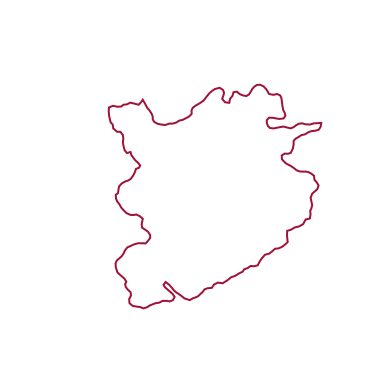 outline of Varginha, Minas Gerais, Brazil, rotated 121°
{"feature_id": "56859067B67059151251397", "entity_name": "Varginha", "entity_type": "district", "adm_level": 2, "iso_a3": "BRA", "parent_name": "Brazil", "parent_adm1": "Minas Gerais", "projection": "natural_earth1", "projection_center": [-45.416, -21.572], "detail": "fine", "context": "isolated", "style": "outline", "palette": "rose", "viewbox_px": 384, "rotation_deg": 121, "n_neighbors": 0, "source": "geoboundaries", "source_scale": "gbopen_adm2", "svg_char_len": 3397}
<svg xmlns="http://www.w3.org/2000/svg" viewBox="0 0 384 384"><g transform="rotate(121 192 192)"><path d="M221.0,97.9L216.7,98.2L213.1,98.0L208.1,97.1L205.0,94.0L201.2,92.6L197.9,91.6L195.6,88.6L192.6,86.6L189.0,85.1L185.6,84.2L183.4,85.9L180.0,88.4L176.2,90.4L173.5,87.8L169.5,85.7L166.4,82.5L162.3,80.2L157.0,80.4L154.0,77.3L150.1,78.9L147.2,81.0L144.7,81.2L141.4,82.2L138.7,84.7L135.8,87.4L131.5,88.1L128.4,87.1L125.0,86.0L121.2,86.9L119.5,90.0L118.5,93.3L115.3,95.7L114.8,99.2L115.0,102.8L116.2,105.5L117.7,107.9L119.0,110.5L119.5,113.6L119.0,116.6L118.8,120.5L119.1,126.4L117.7,131.7L114.5,133.9L111.3,132.3L110.0,129.7L107.7,127.5L102.9,127.9L98.6,129.5L95.9,131.2L93.1,130.7L90.1,129.1L86.9,127.5L84.3,124.8L81.0,123.1L78.4,121.1L76.0,117.9L73.4,115.5L70.0,115.3L66.2,116.8L68.5,120.1L70.5,123.0L73.4,125.6L75.6,129.8L76.5,133.2L78.7,135.8L81.7,137.4L84.1,138.3L86.6,140.2L87.7,143.5L88.7,147.1L91.4,150.4L93.4,152.5L95.5,154.8L97.0,158.2L96.3,160.9L94.4,163.3L91.9,164.9L88.7,164.3L86.9,161.2L85.7,158.0L84.4,154.8L81.8,151.4L78.7,151.2L76.6,153.0L74.8,156.0L71.4,159.0L68.3,161.4L65.4,163.8L63.8,166.1L64.2,169.6L66.8,172.3L68.3,176.4L65.8,180.9L64.6,184.9L65.0,188.8L66.6,191.3L69.5,192.8L72.9,193.4L75.7,193.3L79.1,193.4L81.8,194.9L82.9,197.8L83.5,201.3L82.9,205.2L85.1,207.8L88.8,206.8L92.4,207.4L96.4,206.0L98.1,210.0L96.6,214.1L93.0,214.8L90.4,215.7L88.6,217.9L88.4,221.9L91.9,225.4L95.1,226.9L98.6,228.0L102.8,228.6L107.8,229.2L112.0,231.1L116.1,233.4L119.4,234.7L122.1,234.5L125.3,232.5L129.1,233.5L132.0,235.3L134.9,237.1L137.5,239.8L140.3,241.1L143.1,243.5L145.1,246.7L148.4,249.5L150.0,253.1L151.2,256.4L151.4,260.5L150.0,263.0L147.5,264.6L145.6,267.1L143.9,270.6L142.8,274.0L140.9,277.0L138.3,281.7L141.3,281.9L144.7,282.7L145.9,286.8L147.2,290.9L150.5,293.0L152.5,295.7L155.1,296.6L157.3,299.8L158.8,304.1L162.3,306.7L165.7,305.0L169.1,302.5L172.0,299.8L174.2,297.6L175.0,294.7L178.1,292.2L178.9,287.2L177.3,284.3L178.7,280.7L181.5,278.4L185.1,276.8L187.5,274.7L190.9,271.3L192.1,267.8L189.4,265.3L191.6,263.0L192.8,260.1L194.0,257.1L194.7,253.3L196.0,250.0L198.5,249.9L201.0,251.9L204.5,251.2L207.8,250.9L212.2,251.2L215.0,252.6L217.6,254.8L221.0,256.7L225.0,257.4L228.6,255.9L231.2,254.9L233.7,255.9L236.7,253.8L238.7,251.1L240.0,247.7L241.8,244.7L242.9,241.1L243.8,237.4L243.4,233.2L241.9,230.3L240.0,228.2L239.6,224.3L240.3,220.4L243.3,219.4L245.7,218.5L248.3,216.3L248.4,212.9L248.7,209.3L250.3,205.9L252.8,204.2L256.0,204.5L259.9,205.2L261.8,208.7L263.7,211.8L266.7,214.7L269.9,216.8L272.8,218.9L277.0,219.4L279.7,219.0L283.4,219.2L286.8,220.3L289.6,221.2L292.7,220.7L295.9,218.4L299.4,214.4L300.2,210.0L301.1,205.2L302.7,202.1L305.4,201.9L307.5,199.9L308.7,197.0L309.5,193.1L312.1,191.0L316.2,190.7L319.5,188.3L320.2,184.2L318.7,180.3L317.3,177.2L316.7,173.5L313.6,171.0L310.9,169.7L308.7,168.0L306.0,165.9L303.7,163.1L300.4,161.1L298.4,157.7L297.2,154.7L294.5,152.7L290.9,152.8L289.4,156.0L288.7,159.6L288.1,163.1L287.6,166.1L286.2,168.6L282.8,168.3L283.2,163.9L284.5,159.8L285.6,157.0L286.1,154.2L286.3,150.3L286.6,146.9L287.1,143.7L285.8,138.2L282.7,136.5L280.3,134.5L278.0,133.0L275.3,132.3L272.3,131.4L269.0,131.1L266.5,129.1L263.9,125.6L260.0,125.5L256.3,123.1L254.4,118.7L249.7,116.3L244.8,114.5L241.8,111.9L239.5,110.7L237.1,109.5L234.4,107.6L231.1,107.4L228.9,105.3L225.1,103.6L223.8,100.6L221.0,97.9Z" fill="none" stroke="#9f1239" stroke-width="2"/></g></svg>